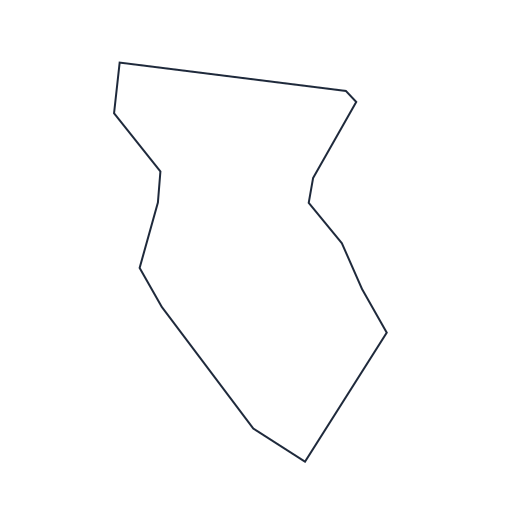 outline of Miklavž na Dravskem polju, rotated 352°
{"feature_id": "SVN-228", "entity_name": "Miklavž na Dravskem polju", "entity_type": "Municipality", "adm_level": 1, "iso_a3": "SVN", "parent_name": "Slovenia", "parent_adm1": "", "projection": "equal_earth", "projection_center": [15.713, 46.486], "detail": "fine", "context": "isolated", "style": "outline", "palette": "slate", "viewbox_px": 512, "rotation_deg": 352, "n_neighbors": 0, "source": "natural_earth", "source_scale": "10m", "svg_char_len": 355}
<svg xmlns="http://www.w3.org/2000/svg" viewBox="0 0 512 512"><g transform="rotate(352 256 256)"><path d="M147.9,45.5L368.0,105.1L376.7,117.4L323.4,186.7L315.6,210.7L342.8,255.3L356.4,303.5L374.8,350.1L275.9,466.5L229.3,426.5L155.6,293.3L139.1,251.6L166.3,189.4L173.1,159.0L135.3,94.9L147.9,45.5Z" fill="none" stroke="#1e293b" stroke-width="2"/></g></svg>